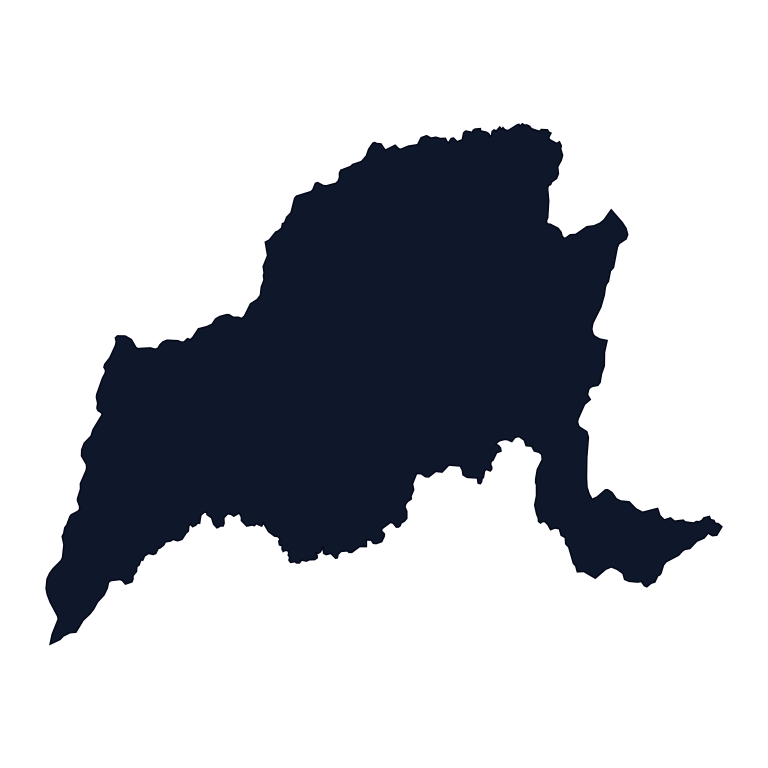 Grão Mogol, Minas Gerais, Brazil (Natural Earth projection)
{"feature_id": "56859067B79659149842154", "entity_name": "Grão Mogol", "entity_type": "district", "adm_level": 2, "iso_a3": "BRA", "parent_name": "Brazil", "parent_adm1": "Minas Gerais", "projection": "natural_earth1", "projection_center": [-42.964, -16.475], "detail": "fine", "context": "isolated", "style": "filled", "palette": "ink", "viewbox_px": 768, "rotation_deg": 0, "n_neighbors": 0, "source": "geoboundaries", "source_scale": "gbopen_adm2", "svg_char_len": 6073}
<svg xmlns="http://www.w3.org/2000/svg" viewBox="0 0 768 768"><path d="M712.4,535.7L716.8,535.2L721.9,526.7L718.2,523.6L715.3,523.3L713.9,520.4L710.5,519.5L709.4,516.4L703.7,517.9L702.1,520.2L699.6,521.7L696.3,521.5L693.8,523.0L685.1,521.9L683.2,520.1L674.5,521.2L670.6,517.9L664.2,519.9L659.9,515.5L657.6,508.4L642.6,512.3L635.9,508.8L629.2,501.8L620.7,501.0L616.3,498.8L612.0,492.5L607.6,489.7L605.3,489.9L597.3,496.9L592.1,499.4L589.2,494.1L587.0,487.2L586.5,477.3L586.8,457.3L588.4,437.5L586.8,431.7L579.9,427.3L578.5,425.6L577.5,421.9L578.1,418.9L584.6,404.3L590.3,399.5L587.5,394.8L588.6,389.6L590.3,387.4L592.6,386.3L597.8,385.4L600.1,382.4L601.5,373.9L604.3,365.9L604.5,352.4L607.1,340.5L599.7,339.0L595.0,336.4L593.1,334.4L591.8,329.2L592.3,326.2L592.9,323.0L600.8,307.2L604.3,295.1L605.3,287.5L606.2,284.5L608.4,281.4L610.4,271.0L613.5,267.5L617.4,247.1L619.0,243.7L626.1,238.9L627.7,234.6L626.0,228.3L622.3,222.6L611.2,209.8L603.9,220.1L600.0,223.2L594.0,225.8L586.9,226.7L575.8,234.4L570.1,234.8L565.9,238.0L563.9,238.3L562.0,235.8L561.1,232.2L558.0,228.2L550.2,224.2L547.2,223.9L546.4,220.8L547.7,217.8L548.7,200.9L547.6,188.2L548.5,185.4L550.6,184.6L551.6,182.0L556.5,178.5L558.4,173.8L557.7,166.8L561.2,160.4L562.6,155.2L560.7,149.0L561.3,145.7L559.4,141.8L556.7,143.5L549.5,139.5L548.7,137.5L551.0,133.1L548.8,132.1L547.5,129.8L541.3,129.5L540.0,131.1L538.0,130.9L531.3,128.6L529.7,126.3L527.0,125.0L524.2,125.0L522.3,123.8L519.9,126.1L518.9,124.3L516.9,125.0L508.1,130.6L504.9,129.8L503.0,127.6L502.0,129.5L499.8,127.0L496.4,130.9L494.0,129.9L492.1,131.5L491.7,135.1L490.2,136.4L488.7,133.6L486.2,132.1L480.5,130.9L480.4,128.6L474.9,129.1L473.2,130.2L472.4,132.4L465.7,131.0L463.6,132.9L462.3,139.7L457.1,141.7L453.5,138.0L451.2,138.5L448.5,142.8L446.8,141.3L445.4,138.3L440.1,138.5L435.9,137.2L431.0,138.1L426.6,135.7L421.1,137.7L417.6,144.7L408.4,146.1L400.7,149.3L398.6,148.7L395.2,145.2L385.2,150.2L381.0,143.9L376.6,143.5L374.8,142.5L372.9,143.1L368.7,149.1L366.4,155.8L361.5,161.5L352.6,164.5L350.6,166.5L340.8,170.2L339.4,173.1L339.5,177.4L338.3,180.8L336.1,183.2L326.4,185.8L323.4,185.6L317.5,182.5L315.4,183.4L312.8,189.8L311.0,191.6L296.7,196.0L294.7,198.0L291.0,212.7L286.7,217.2L284.5,222.8L282.4,223.6L281.7,228.0L278.0,231.1L275.7,232.0L269.3,240.0L265.3,242.1L267.6,255.5L263.2,266.5L264.1,273.0L263.4,275.4L264.0,279.9L261.3,287.0L260.4,295.3L257.1,299.6L250.5,303.8L244.4,316.1L241.7,318.5L238.6,317.3L233.3,317.3L229.0,314.7L226.6,314.6L219.5,316.6L215.5,319.0L212.1,324.2L206.6,326.7L198.4,328.8L192.9,337.2L190.4,339.7L187.5,338.6L183.9,342.1L181.3,342.1L177.9,340.7L167.1,340.2L163.0,341.8L159.9,344.8L158.0,348.1L155.5,349.3L150.3,347.9L137.7,348.6L135.9,347.4L131.4,339.6L125.2,336.0L117.5,335.9L115.4,337.8L116.2,341.6L115.6,345.1L109.8,357.8L104.8,364.2L103.9,367.2L105.5,370.0L105.3,372.8L102.5,378.1L96.7,394.6L96.4,397.4L97.7,403.2L96.9,408.2L98.1,410.7L100.9,412.3L102.3,414.4L93.0,429.7L91.1,436.0L84.2,443.2L81.7,449.8L81.5,455.9L86.3,464.2L86.7,467.3L86.1,470.5L80.4,483.6L80.5,489.2L77.7,497.9L77.4,500.2L79.6,506.4L79.6,509.3L78.0,511.2L71.2,514.8L69.9,516.6L66.8,525.0L64.8,527.7L63.7,533.5L62.2,536.3L63.9,544.9L62.5,557.7L61.0,560.7L53.1,568.6L49.6,573.4L47.0,579.1L46.1,588.6L47.2,594.3L50.1,602.0L57.6,616.1L58.3,619.0L52.2,634.2L50.1,644.2L60.0,639.5L63.2,636.1L70.0,632.7L75.9,632.2L83.2,620.2L89.9,613.9L93.6,609.2L97.5,602.0L103.9,595.1L107.3,588.2L108.4,582.5L110.7,580.6L120.1,579.5L122.4,580.5L125.4,584.1L131.9,581.9L133.0,579.2L133.0,575.7L136.5,571.5L136.8,566.7L139.1,565.0L140.9,559.8L142.7,560.3L144.5,556.1L148.6,553.4L153.2,554.5L155.8,553.5L158.1,548.5L160.2,547.9L163.8,545.0L165.3,541.9L170.7,541.0L173.1,539.4L177.5,540.8L182.0,539.4L186.2,532.9L188.3,531.2L188.8,526.0L190.5,524.2L192.6,526.7L195.6,525.3L197.5,523.1L199.6,523.3L200.9,515.1L204.5,512.1L206.6,512.4L207.1,514.7L211.6,517.8L213.6,524.2L217.0,527.9L220.7,525.9L223.1,526.0L224.1,523.4L223.8,517.9L227.7,513.7L231.2,514.4L233.8,516.2L239.3,513.0L241.4,517.0L241.4,520.6L246.7,526.1L252.1,525.0L254.4,525.7L256.1,523.7L261.7,526.1L263.3,522.8L268.6,531.7L274.5,536.1L278.0,536.6L280.1,539.0L278.8,541.3L279.4,544.9L282.2,545.8L282.0,549.1L283.2,551.5L284.9,550.5L287.9,550.6L288.8,553.0L288.2,555.1L289.7,557.5L288.9,560.1L290.5,562.4L294.7,561.7L296.7,563.0L299.4,563.0L301.6,560.1L306.5,561.1L309.3,559.8L314.7,559.6L317.2,557.8L317.1,555.3L315.8,552.8L318.2,553.3L320.2,552.1L322.9,547.4L323.7,553.4L326.2,554.6L330.8,553.4L335.6,558.3L337.4,557.8L337.9,554.5L341.0,551.4L347.4,550.9L349.0,552.4L351.8,552.4L359.6,546.6L366.4,546.6L366.4,539.9L371.2,540.2L373.3,543.3L376.2,543.6L381.7,541.7L384.3,536.2L384.4,533.9L381.4,530.9L382.1,528.6L390.6,522.3L393.2,523.3L396.4,527.2L398.6,527.0L400.2,525.7L401.1,523.1L404.4,521.2L406.8,518.4L406.8,511.4L404.9,506.8L405.9,503.7L407.9,501.3L411.3,499.0L411.0,496.3L413.7,489.7L412.5,484.0L416.5,473.7L421.0,473.6L425.4,476.7L428.6,477.0L435.8,471.4L442.1,472.1L448.8,465.1L460.2,466.0L462.4,470.3L463.0,474.9L467.2,477.4L477.4,478.0L478.1,483.1L480.3,483.7L481.6,481.8L481.9,479.2L483.5,477.1L484.5,471.1L486.3,469.3L490.2,471.0L491.6,469.5L491.8,467.3L490.7,464.6L491.0,461.7L493.1,460.1L496.6,452.7L501.0,451.2L500.5,448.0L498.5,445.5L496.0,444.4L497.2,442.4L499.5,440.8L504.2,439.5L507.3,439.6L511.8,441.6L514.9,437.6L517.0,436.9L519.2,436.6L524.2,440.1L526.1,445.7L531.7,446.2L534.3,451.0L539.1,452.3L541.8,454.6L542.2,459.8L537.3,469.5L535.7,478.9L535.6,482.5L536.5,484.9L536.5,495.8L534.7,505.2L536.7,514.2L538.3,518.1L538.5,521.4L540.4,523.0L542.6,521.6L544.8,521.6L547.8,524.5L550.6,529.7L554.9,528.0L559.4,528.8L561.1,535.2L565.3,537.6L565.7,543.9L568.7,547.1L573.5,563.6L575.7,565.8L577.3,571.8L583.8,571.5L595.3,578.2L605.6,569.3L611.3,566.9L617.3,569.4L623.0,573.5L624.6,579.4L629.0,581.3L637.5,582.1L641.3,581.4L644.4,585.8L646.9,586.8L651.0,583.3L654.9,582.0L657.7,575.9L659.9,574.8L661.1,573.0L663.5,565.0L666.1,561.8L678.6,555.2L682.3,551.1L685.0,549.4L689.9,548.5L696.8,541.2L704.2,538.0L708.1,533.1L712.4,535.7Z" fill="#0f172a" stroke="#020617" stroke-width="1.5"/></svg>